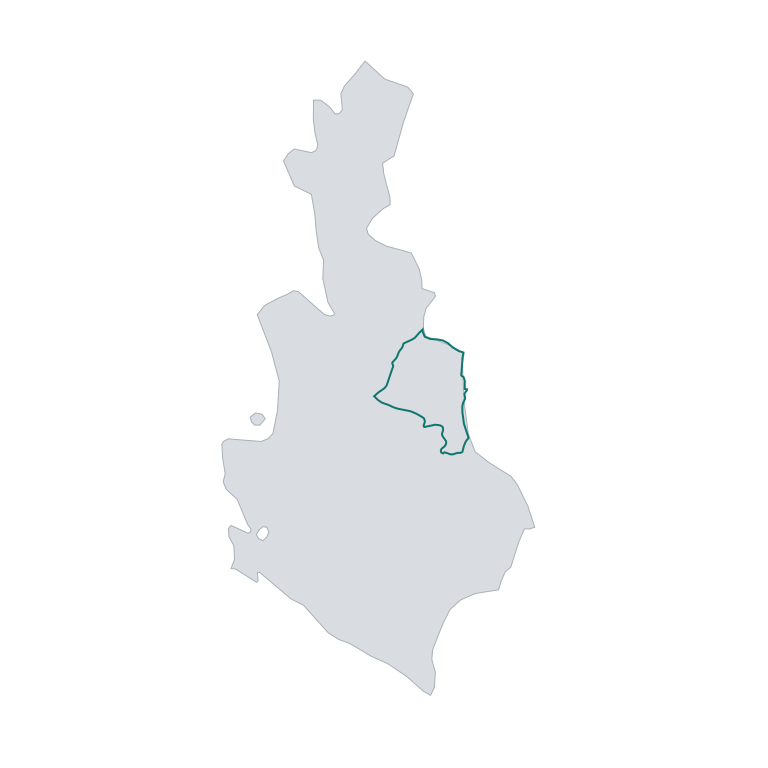 Armenia, with Ararat highlighted, rotated 221°
{"feature_id": "ARM-1671", "entity_name": "Ararat", "entity_type": "Province", "adm_level": 1, "iso_a3": "ARM", "parent_name": "Armenia", "parent_adm1": "", "projection": "albers", "projection_center": [44.713, 39.934], "detail": "fine", "context": "in_parent", "style": "outline", "palette": "teal", "viewbox_px": 768, "rotation_deg": 221, "n_neighbors": 0, "source": "natural_earth", "source_scale": "10m", "svg_char_len": 3314}
<svg xmlns="http://www.w3.org/2000/svg" viewBox="0 0 768 768"><g transform="rotate(221 384 384)"><path d="M343.7,459.7L338.5,451.2L312.0,423.2L287.6,401.6L270.9,392.7L253.9,393.5L227.6,397.6L218.0,395.7L195.2,386.2L176.3,374.8L178.9,370.2L183.0,366.9L178.4,352.4L168.1,329.0L169.3,321.7L166.1,311.6L162.5,303.9L177.6,285.9L184.5,271.3L186.2,257.1L182.4,242.2L173.0,215.3L167.1,207.4L156.0,200.0L146.9,188.0L144.6,179.6L152.5,178.0L175.4,178.1L197.6,175.4L215.0,170.1L240.2,165.6L250.6,161.5L262.7,159.6L299.4,164.2L313.2,160.8L354.5,160.2L355.6,158.4L349.9,152.8L350.0,150.7L374.6,147.0L378.4,144.3L381.6,153.3L390.9,163.3L401.0,167.2L406.5,172.7L406.7,176.9L388.9,182.1L387.7,184.6L388.9,187.1L394.2,188.3L419.3,200.7L433.7,200.9L441.2,204.6L445.0,212.1L457.1,222.2L466.7,232.0L467.4,235.4L465.6,240.4L439.0,260.0L435.6,266.7L435.3,273.7L447.3,294.6L464.9,317.4L490.2,334.6L525.1,353.1L525.7,364.8L520.4,378.8L515.8,388.3L513.7,394.7L509.5,397.5L474.8,397.3L469.7,399.6L467.4,402.4L467.3,404.7L479.8,408.8L499.4,423.5L510.8,437.8L522.6,443.9L535.9,455.3L546.6,465.9L563.2,479.5L581.5,474.6L606.2,486.5L607.3,494.9L606.0,502.4L590.7,510.9L588.9,514.4L588.9,517.2L591.0,521.2L600.2,527.7L611.0,537.4L623.4,552.0L618.1,556.6L606.9,557.4L598.1,555.8L595.1,558.9L595.4,563.7L607.0,574.8L609.4,583.0L609.2,597.3L610.1,615.3L583.4,614.6L560.7,623.7L552.1,622.1L546.1,606.8L541.1,594.5L526.1,562.8L529.9,549.7L521.7,542.2L502.1,528.9L497.1,523.4L499.7,515.6L501.4,501.5L499.4,490.1L494.2,486.7L484.5,486.6L472.8,489.6L449.3,500.8L432.9,493.9L423.4,486.9L417.9,481.0L405.7,486.0L402.6,483.6L401.9,468.9L398.2,461.0L390.8,451.8L384.0,447.4L358.9,456.6L343.7,459.7ZM381.9,196.7L382.6,191.4L381.4,186.6L377.4,185.1L372.5,186.4L372.1,191.7L373.7,196.7L378.6,199.0L381.9,196.7ZM461.9,277.9L456.2,281.2L450.8,279.8L450.7,271.5L454.6,268.2L459.1,268.4L463.3,271.3L461.9,277.9Z" fill="#d9dde1" stroke="#a8b0b8" stroke-width="1"/><path d="M390.6,450.4L389.4,449.0L384.2,446.4L378.5,448.4L372.9,452.7L372.0,453.2L368.0,455.5L362.8,456.8L356.1,456.7L349.0,458.0L344.7,459.9L342.3,455.8L333.0,443.5L332.1,442.0L331.4,441.3L330.6,441.1L328.9,441.4L328.2,441.3L325.3,439.6L319.8,433.2L317.8,434.4L317.2,433.3L317.2,431.0L316.7,429.1L314.4,427.4L313.1,426.1L312.6,424.3L311.8,421.3L310.1,418.4L306.2,414.0L297.4,406.3L284.8,398.8L284.8,398.6L284.7,395.3L284.3,393.3L283.0,389.5L280.3,384.2L280.5,383.4L281.2,382.1L283.3,380.3L285.6,376.5L286.6,375.3L288.0,374.4L292.2,372.8L293.6,372.0L293.9,370.3L295.8,369.9L296.4,370.2L297.5,371.1L297.8,371.8L298.0,372.7L297.9,373.6L297.5,376.0L297.4,377.2L297.5,377.9L297.6,378.7L298.0,379.6L298.5,380.4L299.0,381.0L299.4,381.4L299.8,381.6L305.1,382.9L306.6,383.6L307.6,384.5L309.0,387.7L309.3,388.2L309.8,388.7L311.3,389.9L311.9,390.1L312.7,390.0L314.6,389.6L318.7,386.8L325.4,377.9L326.8,378.6L328.3,382.1L329.3,383.2L331.2,384.2L332.2,384.3L339.8,382.9L346.0,380.9L357.4,374.4L361.7,372.6L367.2,371.0L373.1,368.6L377.7,368.0L383.4,368.3L382.7,374.0L381.0,380.6L380.9,383.1L381.2,385.0L387.7,400.8L388.3,402.5L388.6,403.2L389.0,403.7L389.4,404.0L391.0,404.8L391.7,405.4L391.8,406.7L391.7,411.2L392.0,413.0L392.6,414.7L393.5,417.0L393.9,418.7L394.2,423.0L394.5,424.4L395.8,427.4L392.2,435.5L391.1,438.8L391.0,439.5L391.0,446.1L390.6,450.4Z" fill="none" stroke="#0f766e" stroke-width="2"/></g></svg>